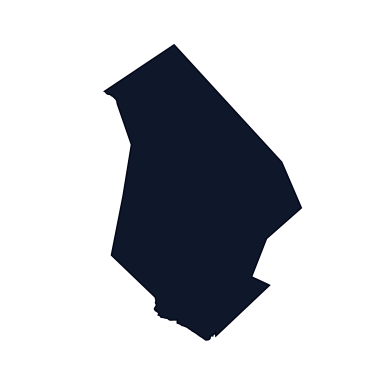 Kajo-keji, Central Equatoria, South Sudan, rotated 70°
{"feature_id": "79223893B65724383376583", "entity_name": "Kajo-keji", "entity_type": "district", "adm_level": 2, "iso_a3": "SSD", "parent_name": "South Sudan", "parent_adm1": "Central Equatoria", "projection": "orthographic", "projection_center": [31.637, 3.892], "detail": "fine", "context": "isolated", "style": "filled", "palette": "ink", "viewbox_px": 384, "rotation_deg": 70, "n_neighbors": 0, "source": "geoboundaries", "source_scale": "gbopen_adm2", "svg_char_len": 1211}
<svg xmlns="http://www.w3.org/2000/svg" viewBox="0 0 384 384"><g transform="rotate(70 192 192)"><path d="M93.9,139.3L47.6,158.5L67.5,239.8L68.3,239.1L70.2,238.5L71.5,237.3L72.5,235.2L73.7,234.9L74.7,233.8L79.2,231.6L80.9,231.5L83.5,232.0L126.8,232.7L172.3,258.2L223.8,289.3L278.3,262.5L278.6,262.6L281.2,262.8L282.5,263.4L283.6,264.2L285.0,264.1L285.9,263.8L287.1,265.1L288.0,266.3L288.9,267.2L289.6,267.3L290.9,266.9L291.7,266.4L292.0,265.8L292.8,265.5L293.8,264.8L294.8,264.8L295.5,265.3L296.1,265.8L297.1,264.6L298.0,263.9L299.1,263.9L299.7,262.5L301.8,259.3L302.1,258.3L303.9,257.3L304.6,256.7L305.3,255.1L305.8,253.4L306.8,250.7L306.8,249.7L307.8,249.7L308.4,250.0L309.4,250.5L310.2,250.6L311.2,249.2L312.4,248.0L313.9,247.1L314.5,246.0L315.9,244.4L317.4,242.8L319.0,241.7L320.3,240.9L321.0,240.1L322.5,239.4L324.1,238.0L326.3,236.3L327.7,235.4L329.9,233.9L332.6,231.8L334.3,230.7L335.9,229.5L336.3,227.6L336.4,226.4L335.8,225.2L335.0,224.7L334.1,224.5L333.6,223.7L333.9,222.6L334.3,221.7L333.8,221.4L333.1,221.4L333.1,220.6L332.9,219.6L332.7,218.7L332.4,218.2L335.4,218.8L306.1,151.1L292.1,165.1L261.2,137.9L244.3,94.7L194.7,97.5L93.9,139.3Z" fill="#0f172a" stroke="#020617" stroke-width="1.5"/></g></svg>